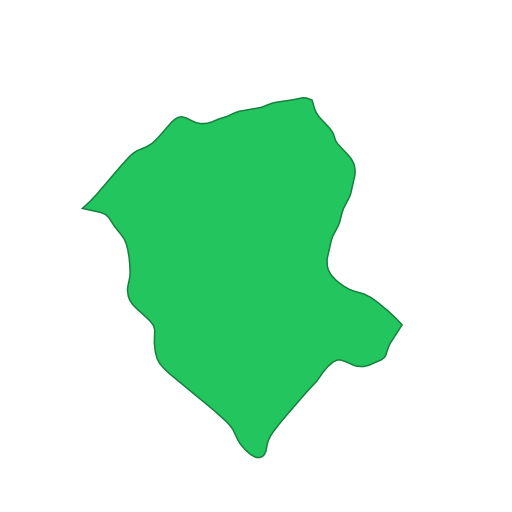 Tamboril, Santiago, Dominican Republic, rotated 310°
{"feature_id": "3306468B8987969858006", "entity_name": "Tamboril", "entity_type": "district", "adm_level": 2, "iso_a3": "DOM", "parent_name": "Dominican Republic", "parent_adm1": "Santiago", "projection": "robinson", "projection_center": [-70.591, 19.492], "detail": "fine", "context": "isolated", "style": "filled", "palette": "green", "viewbox_px": 512, "rotation_deg": 310, "n_neighbors": 0, "source": "geoboundaries", "source_scale": "gbopen_adm2", "svg_char_len": 1868}
<svg xmlns="http://www.w3.org/2000/svg" viewBox="0 0 512 512"><g transform="rotate(310 256 256)"><path d="M411.5,198.7L409.5,193.1L407.2,190.0L399.1,183.6L386.5,172.4L382.6,169.6L372.8,164.2L356.2,150.2L352.3,147.9L344.4,144.1L337.3,139.6L329.7,135.6L326.1,133.2L321.9,128.5L319.8,124.8L318.5,120.6L317.1,114.5L315.6,110.8L314.4,109.1L312.8,107.7L310.9,106.7L308.9,106.1L304.6,105.3L283.1,104.9L275.9,104.1L269.5,102.0L260.2,97.2L255.9,95.9L251.3,95.2L238.8,94.6L201.0,94.3L190.6,93.7L180.8,92.4L189.6,109.2L190.8,113.0L191.1,115.0L190.7,118.9L187.7,128.7L185.4,140.2L184.0,144.8L181.6,149.3L178.6,153.5L173.6,159.4L168.2,164.9L162.6,170.0L158.7,172.9L151.0,177.0L147.4,179.3L143.1,184.0L140.9,187.9L139.5,192.8L139.0,197.9L138.2,215.8L137.3,220.5L136.6,222.6L134.2,226.0L124.4,233.7L117.8,240.5L113.6,246.6L111.8,251.4L110.8,256.6L110.2,264.7L110.7,323.1L110.1,339.5L109.4,344.9L108.2,349.9L103.6,359.9L102.0,364.5L100.6,372.2L100.5,379.7L101.3,384.2L102.2,386.3L103.7,388.1L105.5,389.3L107.3,389.9L109.2,390.0L112.8,389.1L119.1,385.5L123.0,383.9L127.6,382.8L132.5,382.2L142.5,381.8L155.2,381.8L183.1,382.2L199.6,383.0L209.9,382.1L217.2,382.1L224.0,383.1L228.0,384.8L229.7,386.3L231.0,388.2L232.6,392.5L235.3,401.8L236.4,404.1L239.3,408.2L241.1,410.0L244.8,412.7L257.4,418.9L261.0,419.6L262.8,419.4L271.5,416.0L275.6,414.9L297.2,412.2L298.2,403.2L298.8,392.4L298.7,378.8L298.1,370.9L296.4,363.3L291.9,353.2L290.4,348.6L289.4,343.4L288.9,338.0L288.9,332.6L289.5,327.3L290.1,324.7L292.0,320.1L294.6,316.6L299.4,312.4L316.3,303.7L320.3,302.1L331.2,299.8L335.4,298.5L344.7,294.0L348.7,292.5L359.5,290.1L363.8,288.9L380.6,280.3L382.5,279.1L385.8,276.4L388.6,273.1L389.8,271.2L391.6,266.8L392.6,261.7L394.3,246.8L395.6,242.7L399.3,236.8L400.1,234.8L401.2,230.4L403.1,215.2L404.5,210.1L406.5,206.1L411.5,198.7Z" fill="#22c55e" stroke="#15803d" stroke-width="1.5"/></g></svg>